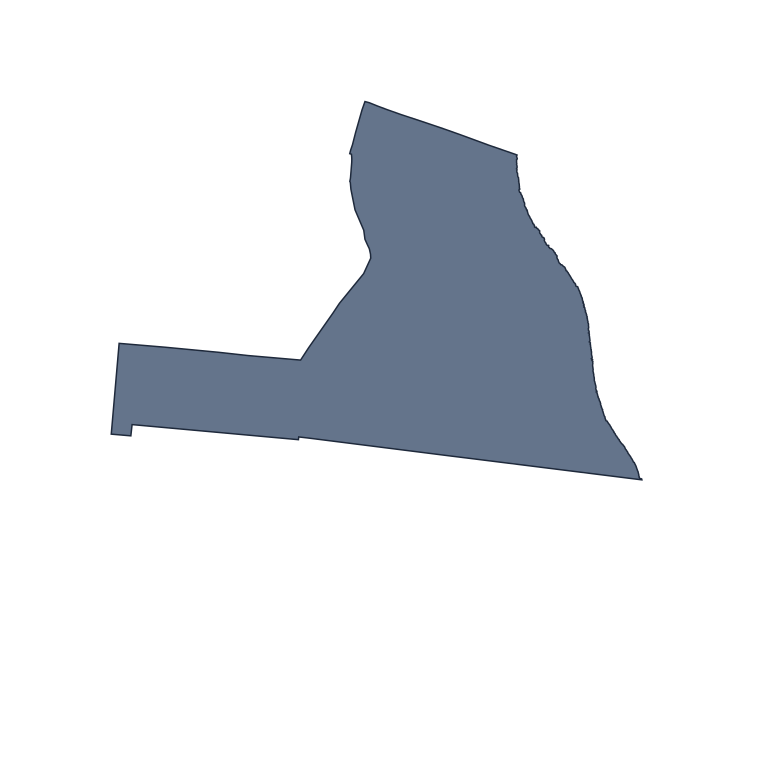 Berazategui, Buenos Aires, Argentina, rotated 52°
{"feature_id": "61730980B8978802386403", "entity_name": "Berazategui", "entity_type": "district", "adm_level": 2, "iso_a3": "ARG", "parent_name": "Argentina", "parent_adm1": "Buenos Aires", "projection": "orthographic", "projection_center": [-58.113, -34.844], "detail": "fine", "context": "isolated", "style": "filled", "palette": "slate", "viewbox_px": 768, "rotation_deg": 52, "n_neighbors": 0, "source": "geoboundaries", "source_scale": "gbopen_adm2", "svg_char_len": 6170}
<svg xmlns="http://www.w3.org/2000/svg" viewBox="0 0 768 768"><g transform="rotate(52 384 384)"><path d="M618.3,239.8L617.6,239.4L616.9,239.7L616.7,240.0L616.1,240.4L614.8,240.5L614.0,239.9L612.8,239.5L612.2,239.0L610.5,238.3L609.3,237.7L608.9,237.7L607.9,237.4L607.2,237.1L606.6,237.0L606.0,236.7L605.5,236.6L604.8,236.3L603.5,235.9L603.0,235.8L600.5,235.3L600.0,235.1L599.6,235.2L599.4,235.4L599.0,235.5L597.6,235.1L595.2,234.7L594.6,234.8L593.5,234.5L592.4,234.4L590.7,234.4L590.1,234.3L589.1,234.4L587.6,233.9L586.5,233.9L585.0,233.7L584.0,233.8L581.5,233.1L579.7,233.2L578.6,233.1L577.2,233.5L576.3,233.4L575.7,233.5L574.8,233.3L573.6,233.4L572.8,233.0L571.1,233.2L570.3,233.0L569.3,233.0L568.5,232.8L567.6,233.0L566.9,232.9L565.3,232.5L564.8,232.6L564.1,232.5L563.6,232.6L563.4,232.3L563.0,232.2L562.0,232.2L560.8,232.0L559.7,232.1L557.4,231.6L556.5,231.6L555.3,231.3L553.0,231.4L552.2,231.2L551.7,231.3L550.8,231.0L550.4,231.2L550.2,231.4L549.8,231.6L549.1,231.6L548.8,231.3L547.8,231.1L547.3,230.9L546.8,230.8L546.3,230.3L545.8,230.1L544.7,230.1L541.1,228.7L540.8,228.5L539.8,228.3L539.3,228.0L538.8,227.5L538.4,227.5L538.2,227.6L537.0,227.1L536.3,227.1L535.7,226.8L535.5,226.5L534.5,226.3L533.1,225.8L532.9,225.4L532.3,225.2L531.7,224.9L530.5,224.5L530.0,224.6L527.7,223.6L526.8,223.6L526.4,223.5L526.0,223.1L525.5,223.1L523.2,222.0L522.1,221.7L521.1,220.8L520.9,220.8L520.7,221.3L520.4,220.8L520.1,220.5L519.5,220.6L518.7,220.2L518.4,220.2L517.8,219.8L517.4,219.2L516.0,218.3L513.1,217.1L512.2,216.6L511.4,216.4L511.0,216.3L508.6,214.5L507.8,214.2L507.7,214.1L506.6,213.6L505.3,212.6L504.7,212.5L503.8,211.9L502.5,211.4L501.4,210.3L500.6,209.8L500.0,209.6L499.6,209.3L499.4,209.0L498.9,208.9L498.1,208.4L497.1,207.6L496.7,207.1L496.4,206.8L495.5,206.3L495.1,205.7L494.7,205.5L494.4,205.4L494.1,205.5L493.8,205.7L493.4,205.7L492.8,205.2L493.0,204.7L492.2,204.7L491.7,205.0L491.6,204.5L491.7,204.2L491.6,203.9L491.0,203.5L490.5,203.2L488.8,202.5L487.8,201.8L486.5,200.7L485.8,200.4L485.6,200.4L485.3,200.2L484.9,199.8L484.4,199.5L484.2,199.6L483.4,199.2L483.0,198.8L481.8,198.2L481.4,198.0L481.1,197.7L480.5,197.4L480.1,197.1L479.9,197.0L479.6,197.1L479.4,197.0L478.8,196.1L477.7,196.0L477.2,196.3L477.0,196.0L476.9,195.3L476.7,195.0L473.7,193.2L472.7,192.6L471.7,192.2L471.5,191.8L471.3,191.6L470.7,191.3L470.3,191.2L469.7,191.4L469.7,190.8L469.5,190.4L468.4,189.8L468.1,189.8L467.6,189.8L467.2,189.7L466.6,189.0L466.1,188.9L465.7,188.1L464.7,187.4L463.8,186.9L463.0,186.2L462.2,185.7L461.0,185.5L460.5,185.0L460.2,184.7L459.3,184.5L457.7,183.5L457.3,183.5L456.9,183.3L456.7,183.2L456.4,182.6L456.1,182.5L454.8,182.2L454.4,182.0L454.2,181.7L453.6,181.6L452.8,181.2L451.9,181.0L451.7,180.9L451.2,181.0L451.0,180.8L450.8,180.4L450.5,180.1L448.8,179.7L447.7,178.9L447.2,178.9L446.8,179.0L446.5,179.2L446.3,179.1L446.2,178.6L446.0,178.4L445.8,178.2L445.2,178.4L444.9,178.3L444.6,177.5L444.3,177.4L443.5,177.3L442.7,176.9L442.5,177.2L442.1,176.9L441.9,176.5L441.6,176.3L440.7,176.3L440.1,175.9L438.9,175.4L438.7,175.1L438.4,174.9L437.9,174.9L437.3,174.7L436.8,174.8L436.3,174.5L436.1,174.4L435.6,174.1L434.9,174.1L434.7,173.9L433.0,173.5L432.1,173.0L431.6,173.0L430.9,172.7L430.0,172.6L429.5,172.4L428.9,172.3L428.4,172.0L428.0,172.0L427.1,171.6L426.5,171.5L426.2,171.7L425.7,172.2L424.9,172.5L423.2,171.6L422.7,171.7L422.3,171.5L421.7,171.7L421.0,171.8L420.7,171.9L419.8,171.5L418.4,171.5L418.0,171.3L417.0,171.4L414.5,171.0L413.2,170.8L412.8,170.9L412.0,170.7L410.3,170.6L409.9,170.4L408.2,170.5L407.9,170.3L407.4,170.4L407.0,170.7L406.5,170.7L405.9,170.3L404.5,170.0L403.6,169.7L403.0,169.7L402.1,170.1L401.0,170.3L399.8,170.4L399.4,170.6L398.7,171.3L397.7,171.1L396.8,171.4L396.3,171.4L394.8,171.0L393.5,170.4L393.0,170.3L392.4,170.4L392.0,170.4L391.6,170.1L390.4,169.7L390.1,169.4L389.8,168.8L386.7,168.9L386.4,168.6L386.0,168.4L384.8,168.7L383.7,168.4L382.4,168.4L380.5,168.8L380.0,169.1L379.5,169.7L379.1,169.8L378.4,169.7L377.8,169.9L376.9,169.7L376.2,168.9L376.0,169.0L375.3,169.9L374.9,170.1L374.0,170.2L372.7,169.7L371.0,169.7L369.8,169.4L369.4,169.2L369.0,168.6L368.2,168.2L367.4,168.0L367.1,168.0L366.8,168.1L366.7,168.4L365.9,168.6L365.4,168.9L364.9,168.8L364.0,168.2L363.6,168.2L363.4,168.4L363.0,168.5L361.8,168.3L361.4,168.3L361.1,168.4L360.7,168.3L359.8,167.5L359.5,167.4L359.1,167.0L358.5,167.2L357.7,167.2L357.4,167.4L356.2,167.2L355.1,167.8L354.2,167.5L353.6,168.5L352.9,168.7L352.1,168.0L351.3,167.9L350.9,167.7L350.7,167.8L350.3,167.6L349.2,168.0L348.2,167.4L347.3,167.4L346.5,167.0L343.6,166.6L342.9,166.6L341.9,166.2L339.5,166.0L338.9,165.8L338.2,165.6L336.7,164.9L336.4,164.9L335.7,164.4L335.4,164.5L334.8,164.1L334.4,164.4L332.9,163.8L332.6,163.9L332.0,163.7L330.7,163.7L330.1,163.5L329.2,162.7L328.8,162.5L328.4,162.1L327.9,161.8L326.1,161.5L324.4,160.6L324.1,160.3L322.2,160.1L321.3,159.6L320.3,159.3L318.6,159.2L317.9,158.7L317.5,158.6L316.4,159.1L315.9,158.8L314.7,158.5L314.2,158.2L314.0,157.8L313.9,157.5L314.0,157.2L314.0,156.9L313.4,156.9L312.8,156.6L312.5,156.4L312.2,155.9L311.6,155.7L311.1,155.3L309.6,154.3L308.6,153.9L307.7,153.2L307.3,153.2L306.5,152.4L306.2,152.3L305.9,152.0L305.5,151.9L304.3,151.0L303.0,150.9L301.5,150.0L300.3,149.1L300.0,149.0L299.1,149.0L298.1,148.4L297.8,148.0L297.3,147.8L297.1,147.3L296.9,147.2L296.2,146.8L295.9,147.0L295.7,146.7L295.4,145.9L294.8,145.4L293.6,144.7L292.9,144.5L292.5,144.3L292.3,143.9L292.0,143.6L291.2,143.3L290.7,142.8L290.0,142.4L289.4,141.8L288.8,141.4L288.8,140.7L288.4,140.2L287.5,139.9L286.9,139.6L286.0,139.3L285.5,138.2L283.9,139.1L260.3,154.4L233.4,171.1L219.6,179.9L205.4,189.2L182.0,204.8L169.6,212.7L161.1,217.9L153.3,222.4L149.7,225.1L154.5,232.6L168.3,251.5L176.1,261.6L179.1,266.2L181.4,269.2L182.9,268.2L185.4,269.8L187.2,271.1L189.5,273.0L200.5,283.1L201.5,284.1L203.3,286.2L204.5,286.5L210.2,290.2L228.9,299.6L250.4,305.3L258.2,309.9L263.9,311.3L268.4,312.3L273.4,314.7L276.7,317.0L284.5,332.1L293.0,369.5L296.6,380.3L309.0,421.0L313.8,435.0L277.8,473.7L257.2,494.8L220.2,533.9L188.9,567.7L255.6,629.8L269.0,615.4L260.9,607.5L375.2,485.7L373.2,483.8L380.0,476.9L481.2,376.4L493.0,364.6L618.3,239.8Z" fill="#64748b" stroke="#1e293b" stroke-width="1.5"/></g></svg>